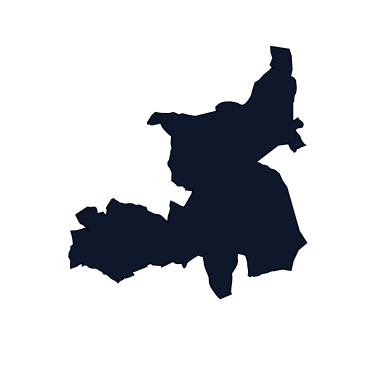 the district of Isiala Mbano, Imo, Nigeria, rotated 340°
{"feature_id": "59680162B35426409409773", "entity_name": "Isiala Mbano", "entity_type": "district", "adm_level": 2, "iso_a3": "NGA", "parent_name": "Nigeria", "parent_adm1": "Imo", "projection": "albers", "projection_center": [7.166, 5.667], "detail": "fine", "context": "isolated", "style": "filled", "palette": "ink", "viewbox_px": 384, "rotation_deg": 340, "n_neighbors": 0, "source": "geoboundaries", "source_scale": "gbopen_adm2", "svg_char_len": 5413}
<svg xmlns="http://www.w3.org/2000/svg" viewBox="0 0 384 384"><g transform="rotate(340 192 192)"><path d="M282.2,278.9L279.2,265.6L282.5,220.0L280.5,212.5L280.0,204.8L277.6,200.6L275.6,198.7L274.4,198.1L273.5,197.2L272.6,196.0L271.5,193.7L270.7,193.0L269.4,192.0L268.4,191.4L266.8,190.7L266.3,189.5L265.5,188.4L264.4,187.6L263.5,187.0L263.0,186.3L262.7,185.5L289.0,177.2L299.7,179.6L299.4,180.9L299.6,182.3L299.7,184.0L300.0,185.4L300.6,186.9L301.3,188.0L301.9,189.4L302.8,189.2L303.7,188.7L304.0,188.0L304.8,187.0L305.4,186.9L307.2,187.2L308.6,186.7L310.9,186.6L314.4,186.6L313.5,185.5L312.3,181.5L312.1,179.6L312.2,177.4L312.0,176.0L311.7,175.1L311.0,173.5L310.4,172.2L310.2,170.7L310.0,169.0L310.0,168.1L310.6,168.1L311.8,168.1L312.8,167.9L314.1,167.7L315.6,168.1L317.8,168.5L318.8,167.5L319.3,166.6L319.6,165.5L318.6,163.1L317.3,161.2L316.7,159.7L316.7,158.8L315.6,159.1L314.3,159.5L312.2,160.1L311.2,160.3L310.9,159.4L313.8,151.2L316.9,142.7L318.6,141.0L319.5,138.5L321.1,135.9L322.7,134.5L324.3,132.1L325.4,129.7L325.9,127.7L326.9,124.0L327.2,122.6L326.5,119.7L325.3,118.5L323.8,117.6L326.1,113.4L327.6,111.4L331.6,97.7L331.7,92.4L331.9,91.2L315.9,82.4L314.8,85.7L314.2,88.6L314.0,94.0L309.1,99.3L309.5,100.6L310.2,102.2L311.3,102.8L308.6,103.3L306.6,104.4L299.3,107.0L294.1,109.9L291.4,110.6L288.6,111.2L284.0,117.5L280.9,121.8L278.5,124.0L274.5,126.7L271.3,128.1L268.0,127.7L264.5,124.0L258.9,120.7L253.7,119.0L250.2,118.5L247.6,118.9L243.6,120.4L242.7,124.7L220.9,122.3L214.3,118.6L209.4,115.2L206.1,115.3L204.9,114.2L202.3,111.7L201.5,111.2L200.7,111.0L198.1,110.7L196.6,110.4L194.0,109.4L190.3,108.0L187.3,106.4L184.8,104.9L183.3,105.6L181.8,106.0L179.8,107.2L177.2,109.3L174.2,111.5L173.8,112.8L174.3,113.0L175.6,113.6L176.8,114.6L177.3,115.2L177.9,115.1L179.3,115.4L181.6,115.7L184.2,116.1L185.1,115.8L186.2,115.3L186.5,119.0L186.8,121.1L187.3,123.0L188.2,125.0L189.0,126.8L189.3,127.7L192.1,132.6L189.7,138.1L189.0,139.9L188.5,143.9L187.1,145.7L185.9,147.1L185.2,149.3L183.9,150.9L182.2,154.1L179.8,156.0L179.0,158.0L179.2,159.9L180.0,162.9L180.1,166.5L179.5,168.7L177.1,174.4L178.4,176.1L178.8,177.0L179.2,177.6L180.0,179.0L180.5,180.5L180.8,181.2L183.2,182.2L185.7,182.9L186.4,183.3L186.3,184.0L186.2,184.9L187.1,185.7L187.5,186.1L187.8,186.4L187.8,186.6L187.4,187.2L186.9,187.9L187.5,188.1L188.3,188.2L189.2,188.4L189.6,188.7L189.8,189.4L190.3,189.3L191.0,189.5L191.5,190.1L193.8,189.7L193.0,191.1L191.6,193.7L186.5,198.1L179.3,203.9L175.9,201.1L172.1,196.6L169.0,193.6L167.5,195.9L166.7,197.4L166.6,199.9L164.3,203.4L161.7,206.6L159.0,212.2L157.2,209.3L155.9,206.4L154.6,204.0L152.8,202.1L149.2,200.4L145.5,196.7L143.9,195.1L143.3,194.0L143.2,192.4L143.3,190.6L141.2,189.5L139.3,187.6L137.8,186.4L134.6,185.7L133.5,184.8L132.6,183.6L131.5,182.8L130.1,182.1L129.0,181.8L125.8,180.9L124.8,180.8L123.6,179.9L122.0,178.9L119.9,177.5L118.7,175.5L117.4,174.2L115.7,171.5L113.5,172.0L112.2,173.3L109.6,175.1L106.4,177.8L106.1,180.5L105.2,182.1L103.9,184.2L103.2,184.8L102.3,183.5L101.6,182.0L101.3,180.7L99.1,180.5L96.8,180.3L95.3,180.1L95.5,179.0L96.0,177.7L96.1,174.2L95.2,173.0L91.7,172.3L88.5,170.6L75.2,173.9L76.0,181.3L76.5,182.5L76.5,183.4L77.1,183.9L77.8,184.3L78.8,185.6L79.7,187.3L80.5,188.6L81.6,189.8L82.2,191.3L79.7,190.1L78.6,189.6L76.9,189.6L75.0,189.6L73.2,189.3L70.8,189.3L68.6,188.6L64.9,187.6L64.7,191.9L63.5,198.6L62.5,201.2L59.7,202.0L58.8,204.6L57.2,206.0L56.0,207.2L55.2,209.1L54.2,210.9L54.9,214.8L53.8,217.6L52.1,222.0L55.5,222.1L58.1,222.1L61.5,221.2L64.8,221.3L64.8,221.7L64.0,223.6L63.9,223.8L64.7,223.7L66.4,223.6L67.0,223.8L67.6,224.2L68.4,225.0L69.1,226.0L69.5,226.9L70.4,227.8L71.4,228.6L72.6,229.4L73.2,229.6L74.5,230.0L76.0,230.6L76.9,231.6L78.3,233.4L78.8,234.2L79.8,235.0L80.5,236.1L81.0,236.9L81.5,237.7L81.0,238.3L82.2,239.1L83.5,240.0L84.1,240.6L84.5,241.1L85.4,242.8L86.4,244.7L87.6,246.5L88.8,247.6L90.1,249.1L90.8,250.3L91.5,251.8L91.9,251.6L92.4,251.1L93.1,250.9L94.2,250.5L95.6,250.4L96.8,250.3L97.5,250.2L98.5,249.2L98.9,249.0L99.5,249.5L99.9,250.0L101.9,250.0L103.9,250.2L105.7,250.0L107.4,249.9L108.5,250.0L108.9,249.8L108.5,248.6L108.3,247.2L108.2,246.2L109.1,246.3L111.4,246.7L112.4,246.8L114.1,246.6L116.3,246.5L119.2,246.4L121.5,246.4L124.2,246.2L124.1,244.6L126.3,244.9L128.9,244.7L130.4,247.0L132.2,247.8L138.6,250.6L138.1,251.8L139.0,251.7L141.6,251.5L144.5,251.2L148.5,250.7L150.5,250.7L151.5,251.8L152.6,253.5L155.3,254.6L158.4,255.4L158.3,256.9L158.3,257.7L158.5,260.1L159.3,260.4L160.8,259.2L161.6,258.2L162.3,257.0L164.8,255.9L167.0,255.2L170.1,254.4L172.5,253.8L173.6,253.6L175.6,253.1L177.1,253.6L178.7,255.3L180.8,256.1L178.8,266.6L179.1,275.8L179.1,278.4L177.6,283.3L177.5,287.4L179.4,294.9L180.5,298.4L182.1,301.6L184.8,301.6L188.7,301.3L192.0,301.2L193.8,301.1L193.8,299.8L193.9,298.9L195.5,295.4L198.6,289.2L199.9,286.3L200.7,283.1L201.4,281.6L203.5,280.1L207.2,277.3L209.2,275.3L211.0,272.3L211.8,269.1L213.5,264.9L215.5,265.9L217.3,267.0L218.7,268.0L219.7,268.8L220.7,269.2L220.9,272.5L220.5,275.9L220.2,278.0L219.4,280.4L218.8,283.9L218.1,286.4L217.4,288.1L216.5,289.7L217.7,291.2L219.9,290.8L220.3,291.2L221.1,292.1L222.0,292.3L224.6,292.8L226.2,293.0L228.3,292.5L230.2,292.5L231.6,292.6L232.4,292.9L234.4,293.2L238.2,293.2L240.3,293.1L241.2,293.4L242.4,293.9L243.7,294.1L245.5,294.3L246.4,294.4L249.5,295.0L251.0,295.3L258.1,299.3L263.5,291.0L272.0,282.5L282.2,278.9Z" fill="#0f172a" stroke="#020617" stroke-width="1.5"/></g></svg>